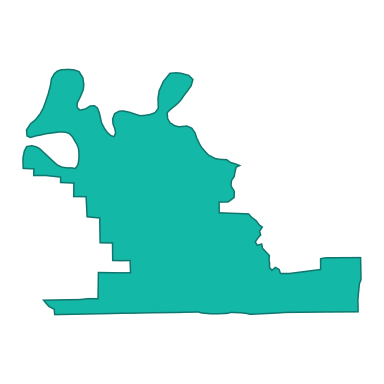 Bento Gonçalves, Rio Grande do Sul, Brazil
{"feature_id": "56859067B71530862715351", "entity_name": "Bento Gonçalves", "entity_type": "district", "adm_level": 2, "iso_a3": "BRA", "parent_name": "Brazil", "parent_adm1": "Rio Grande do Sul", "projection": "mercator", "projection_center": [-51.571, -29.106], "detail": "fine", "context": "isolated", "style": "filled", "palette": "teal", "viewbox_px": 384, "rotation_deg": 0, "n_neighbors": 0, "source": "geoboundaries", "source_scale": "gbopen_adm2", "svg_char_len": 2509}
<svg xmlns="http://www.w3.org/2000/svg" viewBox="0 0 384 384"><path d="M82.9,77.9L79.1,71.7L74.6,70.0L68.5,69.4L61.1,69.8L57.3,71.1L54.4,73.7L51.4,78.9L50.6,84.7L48.3,93.7L45.0,103.5L43.2,108.2L40.3,113.6L35.7,119.5L30.6,123.7L26.5,129.9L27.0,135.9L30.3,137.5L35.8,135.9L40.7,135.0L45.6,133.8L60.2,131.9L65.4,132.2L69.2,133.5L72.4,136.7L75.1,141.4L77.0,144.5L78.4,148.2L78.9,152.1L79.0,156.3L78.6,161.2L77.8,165.1L75.2,168.5L71.9,167.9L67.2,167.9L62.0,167.2L57.3,165.0L52.8,161.0L39.6,148.6L36.6,147.0L31.9,145.7L26.7,146.6L24.4,150.9L23.0,157.7L23.0,163.1L23.2,168.4L33.9,168.9L33.7,175.5L38.0,175.5L41.7,175.5L45.9,175.5L60.6,177.1L60.6,182.5L73.9,183.1L73.7,196.6L78.2,196.6L86.1,196.7L87.1,216.8L99.8,218.0L99.8,223.0L100.1,242.8L112.5,243.0L112.7,260.5L122.2,260.7L130.1,260.5L130.5,272.8L122.4,272.8L115.9,272.8L98.4,272.5L98.0,298.7L87.8,298.7L79.7,299.6L65.4,299.8L43.6,300.2L46.1,303.3L48.8,306.4L54.2,309.3L54.7,314.6L108.0,313.6L123.3,313.2L131.0,313.2L148.5,312.8L181.2,312.4L184.7,312.2L188.9,312.2L192.4,312.1L198.3,312.0L201.8,313.0L211.1,313.8L216.9,313.8L222.0,313.6L226.8,313.4L231.1,312.4L241.3,312.8L246.5,313.4L249.9,314.3L269.2,313.4L273.0,313.2L277.0,313.0L285.4,312.4L325.5,312.0L358.1,311.8L357.9,299.3L359.4,283.7L361.0,279.7L360.6,257.6L325.5,257.8L320.6,258.7L320.6,265.7L320.6,269.5L289.4,273.5L280.4,273.5L279.1,269.5L275.4,267.4L271.9,270.3L269.5,267.5L269.6,263.4L269.0,259.7L269.4,255.6L265.7,251.7L262.5,248.3L261.7,244.0L257.3,245.4L255.3,241.9L258.2,237.6L260.7,234.9L259.5,231.2L262.3,227.1L259.1,224.8L256.3,220.9L251.3,217.0L248.5,213.9L219.2,212.8L219.1,202.1L228.2,201.9L234.1,197.5L234.3,191.3L231.0,186.0L231.5,180.4L234.2,176.5L235.1,171.4L236.2,167.2L239.6,165.5L234.2,163.5L230.5,162.5L226.6,159.7L219.2,159.3L215.1,158.5L208.6,155.2L205.0,151.4L201.4,147.2L199.4,143.7L196.7,138.0L195.1,133.0L191.8,128.2L186.8,126.0L183.4,126.4L178.7,126.8L174.5,125.6L170.0,122.7L167.7,118.9L167.1,112.8L171.0,108.9L174.1,106.5L177.9,103.3L180.9,100.0L184.1,95.3L187.5,90.9L191.1,85.9L192.9,79.5L188.7,75.4L180.7,73.2L176.2,72.8L170.0,73.3L163.4,81.4L159.2,90.7L158.0,98.3L158.3,108.4L155.0,112.7L149.7,114.6L144.6,115.4L140.0,115.7L129.6,112.3L123.1,110.9L119.0,111.3L114.7,113.6L112.7,118.7L113.0,123.9L114.8,128.8L115.6,133.2L113.9,136.7L110.7,135.5L107.2,132.3L104.4,128.4L101.5,122.7L99.4,113.0L97.4,108.0L94.4,105.7L90.1,106.0L85.6,108.9L79.9,110.2L77.0,107.2L77.3,102.8L80.6,96.2L83.3,89.6L83.8,84.5L82.9,77.9Z" fill="#14b8a6" stroke="#0f766e" stroke-width="1.5"/></svg>